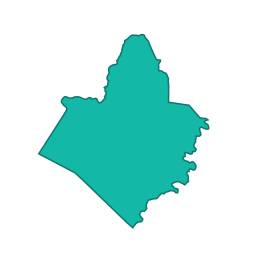 Tanhaçu, Bahia, Brazil, rotated 18°
{"feature_id": "56859067B85433872585656", "entity_name": "Tanhaçu", "entity_type": "district", "adm_level": 2, "iso_a3": "BRA", "parent_name": "Brazil", "parent_adm1": "Bahia", "projection": "albers", "projection_center": [-41.159, -14.129], "detail": "fine", "context": "isolated", "style": "filled", "palette": "teal", "viewbox_px": 256, "rotation_deg": 18, "n_neighbors": 0, "source": "geoboundaries", "source_scale": "gbopen_adm2", "svg_char_len": 3465}
<svg xmlns="http://www.w3.org/2000/svg" viewBox="0 0 256 256"><g transform="rotate(18 128 128)"><path d="M163.4,221.4L163.7,220.0L164.5,218.2L164.8,216.8L165.5,215.7L167.1,214.1L169.0,213.3L170.1,212.4L170.3,210.9L170.0,209.8L168.6,209.1L166.9,207.8L165.6,206.7L165.9,205.2L166.2,203.6L167.4,202.6L169.5,201.9L170.0,200.6L170.7,198.7L169.5,197.0L169.0,195.0L169.3,192.9L169.5,191.3L169.9,190.1L171.4,189.4L172.9,188.2L174.1,187.5L175.7,186.9L177.1,186.2L178.0,184.6L178.5,182.9L179.4,181.3L180.2,179.8L181.5,179.6L182.8,179.3L183.4,177.9L184.4,176.9L185.7,176.2L186.7,175.3L187.9,174.4L189.6,173.9L191.0,173.8L192.1,174.1L193.5,174.8L195.2,174.3L194.9,172.0L194.2,170.6L193.0,170.7L191.6,170.9L190.1,170.6L189.0,169.6L187.9,169.4L187.2,168.2L187.3,166.7L188.6,166.0L189.8,164.8L191.1,163.9L192.4,163.5L193.4,163.3L194.6,163.5L195.9,163.8L197.8,164.0L199.3,164.6L200.3,163.4L200.7,161.7L201.5,161.0L202.1,160.0L201.5,159.0L200.9,157.8L200.6,156.3L199.9,154.8L198.3,153.7L197.7,152.2L198.1,151.1L199.5,150.4L198.9,149.2L199.6,147.8L200.8,147.6L202.4,147.8L203.6,147.7L204.6,146.5L204.8,144.8L204.3,142.9L203.0,141.6L201.3,140.4L199.5,140.1L198.3,141.4L197.0,142.0L195.5,141.3L193.1,141.5L191.3,141.2L189.9,140.4L189.4,138.9L190.3,138.1L191.2,137.3L190.8,136.0L189.8,135.0L189.9,133.7L191.2,133.4L192.6,133.4L193.8,133.4L195.5,133.6L197.0,132.4L196.6,130.6L198.0,130.2L199.1,129.4L199.4,127.8L199.1,126.7L197.9,126.1L196.6,125.5L195.8,124.1L196.1,121.9L196.6,120.5L196.0,118.7L195.8,116.7L195.4,114.6L197.1,114.1L198.4,113.7L199.2,112.7L199.2,111.3L198.4,110.0L196.9,108.0L196.2,106.3L196.9,104.9L198.3,104.5L200.2,104.9L201.8,104.9L203.6,104.7L204.9,103.9L204.6,102.6L203.9,101.4L202.9,100.2L201.1,99.7L199.4,99.3L198.8,98.0L199.7,96.8L201.5,95.6L199.6,95.0L198.4,95.0L196.9,95.6L195.1,95.7L193.8,96.4L179.0,87.5L169.7,89.1L158.6,91.0L153.6,75.3L152.7,72.9L151.8,71.2L151.3,69.0L150.5,67.5L149.4,66.7L148.6,65.3L146.7,64.1L144.9,64.4L143.6,63.6L142.2,63.5L141.0,63.6L139.9,64.0L139.2,63.0L138.7,61.8L138.3,60.1L137.6,58.8L137.4,57.5L137.8,56.1L138.2,54.8L137.8,53.4L135.9,53.9L133.9,54.2L131.5,51.7L124.0,43.4L122.3,41.4L121.4,40.3L120.7,39.2L119.6,38.6L118.7,37.9L117.3,37.3L116.0,36.4L115.4,35.1L113.9,34.6L112.4,34.9L111.3,35.4L110.4,36.5L109.3,37.3L108.1,37.0L106.7,37.4L104.8,38.0L103.4,38.3L102.3,39.4L100.9,41.6L100.0,43.6L98.9,44.8L98.0,45.7L98.2,46.9L98.5,48.0L98.3,49.5L97.6,50.7L97.8,52.4L98.0,54.1L98.0,55.4L98.4,56.6L98.5,57.7L98.2,58.8L98.0,60.3L98.6,61.6L97.7,62.2L97.6,63.4L97.4,64.7L97.2,66.1L96.5,67.3L97.4,69.0L97.8,70.1L97.1,71.3L95.2,72.0L94.2,72.7L92.7,74.1L92.0,75.2L91.3,76.4L91.5,78.0L92.3,80.2L93.2,81.5L92.7,83.6L92.4,85.3L92.5,86.8L93.6,88.6L95.1,89.0L94.8,90.8L95.3,92.5L95.2,93.9L95.2,95.5L94.0,95.4L92.9,96.8L94.4,98.0L94.6,99.7L96.2,101.1L96.8,102.4L96.4,104.0L96.0,105.5L97.4,106.5L96.2,108.1L95.7,109.7L95.2,110.8L94.2,112.1L93.0,113.1L91.4,112.3L90.3,111.2L89.5,110.0L88.0,109.8L86.2,111.0L84.7,111.6L83.2,110.8L81.6,111.1L80.4,112.4L79.4,113.6L77.9,114.0L76.0,114.0L74.5,113.8L73.1,113.6L71.6,113.6L69.2,114.3L67.3,115.2L65.6,116.7L63.6,117.6L62.1,117.7L61.0,117.6L59.4,117.4L58.0,118.0L57.1,119.4L56.8,120.5L56.4,121.8L56.4,123.5L57.9,124.9L58.9,125.6L60.3,126.5L62.1,127.0L63.5,128.0L64.1,129.6L62.5,136.7L53.3,171.7L51.4,178.8L51.1,180.1L54.3,180.7L56.1,181.0L68.2,183.0L70.8,183.5L72.8,183.8L91.7,187.1L102.2,192.0L117.1,199.3L125.2,203.2L155.7,218.1L163.4,221.4Z" fill="#14b8a6" stroke="#0f766e" stroke-width="1.5"/></g></svg>